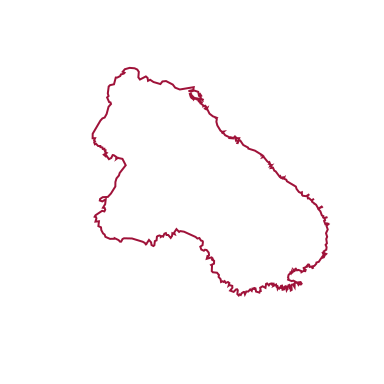 outline of Bataan, Bataan, Philippines, rotated 324°
{"feature_id": "2640588B97763445928490", "entity_name": "Bataan", "entity_type": "district", "adm_level": 2, "iso_a3": "PHL", "parent_name": "Philippines", "parent_adm1": "Bataan", "projection": "orthographic", "projection_center": [120.476, 14.665], "detail": "fine", "context": "isolated", "style": "outline", "palette": "rose", "viewbox_px": 384, "rotation_deg": 324, "n_neighbors": 0, "source": "geoboundaries", "source_scale": "gbopen_adm2", "svg_char_len": 6071}
<svg xmlns="http://www.w3.org/2000/svg" viewBox="0 0 384 384"><g transform="rotate(324 192 192)"><path d="M255.0,108.2L242.4,101.9L239.7,97.7L239.6,93.8L236.2,87.0L233.1,85.2L229.9,86.1L225.5,80.4L224.1,76.6L221.8,76.2L223.1,73.6L222.6,71.4L216.0,70.4L216.0,67.7L219.6,63.5L219.7,60.8L218.3,58.2L214.5,54.9L209.8,53.2L206.6,54.0L207.5,55.9L206.4,56.1L203.5,55.1L202.1,56.0L198.9,55.5L197.6,54.6L192.2,59.0L188.5,57.4L186.6,57.7L181.8,62.8L180.9,65.3L178.9,65.6L177.8,70.6L178.7,71.6L178.2,73.2L174.6,74.0L168.8,78.7L165.1,80.4L162.8,79.8L159.9,80.4L145.9,86.5L143.2,90.1L145.2,91.5L143.2,92.6L143.3,94.0L142.1,94.2L141.5,96.3L142.7,96.5L143.1,99.6L144.9,100.9L144.3,101.9L145.7,103.3L145.1,104.7L146.5,105.5L145.9,106.4L146.6,107.4L145.3,108.3L146.0,110.2L142.6,110.0L143.2,112.5L144.2,112.2L144.1,116.6L146.7,117.0L149.5,115.5L150.3,116.2L151.4,119.2L150.8,119.8L151.5,120.3L150.6,120.8L152.0,120.8L155.2,124.3L154.1,131.4L144.7,134.1L142.6,135.7L138.9,136.6L135.9,138.9L133.2,142.5L125.5,145.6L121.0,146.5L116.7,143.7L113.6,143.6L112.4,144.7L113.9,146.9L117.9,147.2L114.6,150.8L110.7,152.4L111.9,153.6L111.4,155.3L109.7,156.2L108.2,154.4L100.3,154.1L98.7,154.8L99.6,156.0L99.1,157.2L96.5,159.2L99.5,161.0L96.2,164.6L97.6,167.1L96.2,169.6L95.7,173.3L96.3,175.0L95.6,177.4L98.1,181.7L101.7,184.2L102.2,183.8L104.3,187.7L104.6,189.9L105.5,190.5L108.2,189.2L109.8,189.5L116.1,194.3L122.9,203.3L123.9,205.5L123.8,208.1L124.2,207.3L129.0,205.5L129.3,208.7L128.1,211.1L129.0,213.0L130.2,213.0L133.1,209.9L134.9,210.3L137.4,207.5L138.5,207.5L140.2,208.1L140.9,209.3L140.4,210.0L141.9,210.1L142.4,211.1L145.2,209.5L146.7,209.9L146.1,211.8L147.5,212.8L147.8,216.6L150.1,215.8L151.9,213.8L153.2,216.0L153.6,214.4L157.6,212.9L158.1,216.7L159.5,216.7L162.2,219.4L168.5,230.5L169.0,232.8L170.9,233.6L170.7,236.5L171.7,237.8L171.5,238.8L169.3,241.2L166.6,241.1L165.7,244.0L167.1,246.5L168.5,246.3L169.7,247.5L169.9,250.8L168.7,253.1L167.6,253.5L166.9,252.9L164.7,254.7L169.4,256.4L169.6,257.6L168.8,258.1L169.2,258.8L168.6,259.0L169.4,260.7L167.7,262.9L164.6,262.3L164.8,263.5L161.5,267.6L161.7,269.2L164.8,272.0L165.0,275.0L163.6,276.3L163.9,279.3L162.6,281.9L164.4,282.3L164.8,283.4L166.0,283.3L165.9,285.4L168.2,286.0L168.7,287.6L166.6,289.3L167.6,289.3L169.4,291.6L168.4,293.2L164.9,294.2L167.0,297.3L170.3,296.7L171.3,297.2L171.3,298.4L168.7,301.2L169.0,303.2L170.3,302.8L170.9,304.0L172.7,303.1L175.0,303.2L175.5,303.7L174.7,305.9L177.5,304.4L179.0,305.6L181.8,305.0L182.2,307.1L184.0,305.7L185.2,307.0L185.1,306.1L186.0,306.3L186.7,307.3L185.3,310.2L187.4,313.0L188.6,312.1L189.4,312.5L190.9,309.5L193.7,309.8L195.1,312.7L197.9,309.9L199.0,310.1L199.3,312.7L201.0,312.1L202.3,312.6L202.3,313.9L203.3,313.4L204.1,314.1L203.5,314.7L204.0,315.5L203.1,315.9L205.6,316.3L205.0,317.4L205.7,318.0L204.7,318.7L205.0,320.0L204.5,320.5L204.4,320.7L205.6,320.2L205.8,321.1L206.4,320.6L207.3,321.7L208.9,320.3L209.8,320.7L207.8,324.3L209.3,324.9L211.0,323.0L212.4,323.3L210.8,327.1L212.2,326.4L213.2,324.8L214.1,325.3L215.0,324.2L216.2,324.4L216.1,326.1L214.6,327.3L215.5,327.6L214.1,329.7L215.1,329.8L217.5,325.9L218.6,325.7L219.4,326.3L219.1,329.2L220.6,327.3L220.5,326.3L222.0,326.0L223.9,327.5L223.6,329.6L224.3,329.3L225.7,330.8L226.8,330.6L226.9,328.7L223.7,326.9L221.9,323.3L220.3,322.7L218.2,319.4L219.3,318.6L219.7,316.8L219.6,317.5L221.3,315.9L223.6,315.4L223.8,315.9L224.5,315.0L225.0,315.6L225.6,315.2L225.2,316.1L226.1,316.1L226.5,315.3L227.8,315.9L228.3,314.8L228.7,317.0L228.8,315.5L229.3,316.5L229.3,315.6L230.3,315.6L230.9,314.2L230.9,317.1L232.3,317.6L233.9,320.1L233.4,321.2L235.8,321.4L237.1,322.6L238.2,321.8L237.3,319.9L237.7,319.1L241.0,320.0L240.7,319.5L243.4,318.9L244.0,319.6L243.3,321.9L244.9,322.6L244.7,324.3L246.2,324.7L244.9,324.2L244.9,322.6L247.6,323.7L250.3,323.1L251.2,322.2L253.5,323.0L257.6,321.5L260.3,322.3L261.0,321.9L259.9,320.8L260.6,320.6L260.7,321.3L261.2,321.2L261.3,321.1L260.7,320.6L261.6,320.0L262.0,318.3L263.1,319.1L263.4,321.1L264.1,321.0L263.7,320.4L264.1,320.3L264.1,320.2L264.3,320.2L263.7,320.4L263.0,318.6L263.5,317.5L266.7,317.6L268.5,315.7L269.0,313.3L271.0,312.8L273.0,308.9L275.0,307.7L276.2,304.1L279.8,302.1L280.9,298.4L282.2,298.3L281.0,297.5L283.7,298.0L283.9,297.1L283.6,297.9L282.6,297.7L282.7,296.6L281.0,296.3L281.9,293.0L283.1,293.0L283.7,291.2L284.3,291.1L286.2,291.8L286.8,291.9L284.4,291.0L283.7,291.1L283.1,289.7L284.1,288.7L283.3,287.3L284.5,283.1L284.2,280.1L288.3,280.1L288.4,281.2L288.4,281.6L288.3,280.0L284.4,279.8L284.9,275.2L284.2,273.6L285.2,273.2L284.3,273.4L283.4,270.4L284.1,269.2L286.7,269.2L283.7,269.1L283.1,266.0L282.0,265.3L283.3,262.9L285.6,262.8L281.9,262.5L279.4,260.1L279.3,258.9L280.7,256.8L279.4,256.5L278.5,254.8L278.4,250.9L279.2,248.7L275.1,239.1L275.5,237.5L274.2,235.3L275.2,234.5L273.3,234.5L272.8,233.5L273.4,233.2L272.3,232.7L272.7,231.1L271.9,231.2L271.8,224.5L271.1,223.1L271.8,220.0L270.2,219.1L271.2,218.8L271.0,217.5L271.7,217.3L270.5,217.0L271.8,216.3L271.0,214.9L271.7,214.9L272.1,213.4L271.5,213.4L270.9,211.5L270.6,205.7L269.6,205.4L270.8,205.0L270.6,203.8L269.6,203.2L270.1,202.5L267.2,195.5L263.1,190.0L263.5,189.1L261.1,184.1L261.3,178.7L260.0,177.9L257.7,179.3L257.4,179.0L261.8,176.2L260.1,175.0L259.4,172.9L258.9,173.5L258.1,176.4L257.8,176.4L259.1,172.4L257.2,172.6L256.3,171.5L256.2,172.3L254.0,170.4L254.6,170.0L252.2,165.6L252.1,162.2L250.4,162.0L253.2,161.8L251.7,161.0L251.1,159.1L251.6,153.1L253.0,149.5L255.1,147.4L254.8,146.3L255.5,146.3L253.4,143.1L252.2,138.9L252.9,134.9L252.5,133.9L253.8,133.0L251.9,133.0L251.5,132.1L253.5,131.7L253.4,130.0L251.6,129.3L252.1,128.9L251.2,125.6L251.9,125.4L251.0,125.1L251.1,124.4L252.2,124.6L252.1,123.6L251.6,122.8L250.0,123.0L251.7,122.3L249.2,117.9L248.3,118.0L248.8,117.4L247.5,117.0L247.8,116.1L246.9,115.8L246.9,114.3L247.9,111.4L249.8,111.9L248.7,111.9L248.5,112.8L249.1,117.2L253.5,121.7L254.6,123.9L255.1,123.6L253.8,121.5L254.5,121.0L254.6,119.4L256.0,119.6L256.1,117.5L254.5,117.7L255.9,114.6L253.4,111.2L250.7,110.3L248.5,108.3L253.0,110.2L255.0,108.2Z" fill="none" stroke="#9f1239" stroke-width="2"/></g></svg>